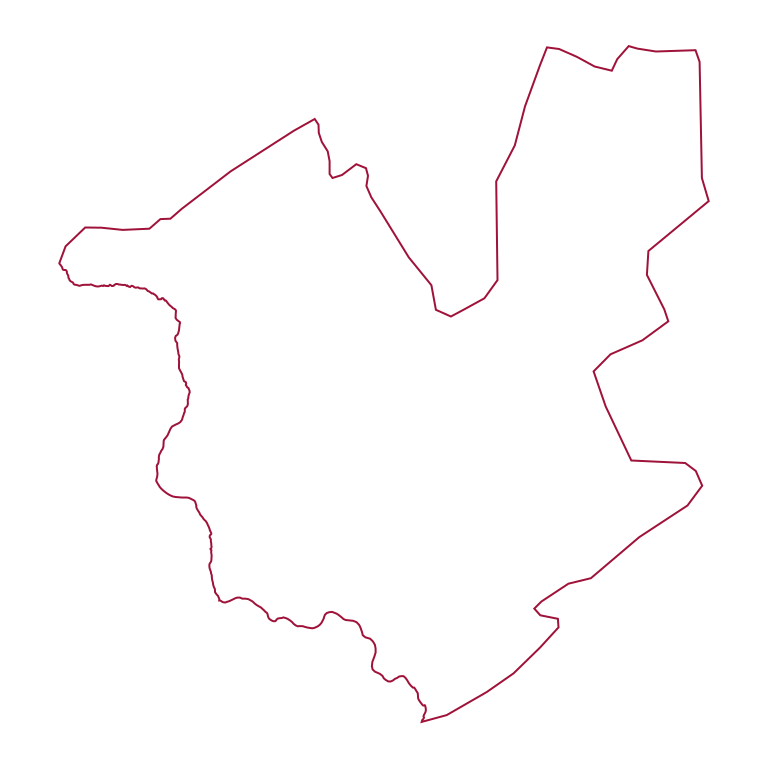 the district of Toledo, Canelones, Uruguay
{"feature_id": "84410073B33780551405566", "entity_name": "Toledo", "entity_type": "district", "adm_level": 2, "iso_a3": "URY", "parent_name": "Uruguay", "parent_adm1": "Canelones", "projection": "mercator", "projection_center": [-56.115, -34.726], "detail": "fine", "context": "isolated", "style": "outline", "palette": "rose", "viewbox_px": 768, "rotation_deg": 0, "n_neighbors": 0, "source": "geoboundaries", "source_scale": "gbopen_adm2", "svg_char_len": 6073}
<svg xmlns="http://www.w3.org/2000/svg" viewBox="0 0 768 768"><path d="M708.7,201.1L701.9,178.0L699.6,61.9L695.5,50.2L655.9,51.5L637.4,48.6L628.7,46.1L617.2,59.2L611.8,70.7L594.6,66.5L577.0,56.9L559.1,49.0L547.0,47.4L540.0,65.2L525.0,106.4L514.8,145.4L496.2,181.4L497.5,280.1L484.4,298.3L465.3,308.8L450.9,316.5L435.9,309.8L431.4,285.2L408.8,257.4L380.7,211.8L371.3,197.3L366.4,186.0L368.0,175.8L366.0,168.2L356.3,164.2L342.0,175.0L332.5,178.0L329.6,174.0L329.6,161.1L327.7,151.3L321.8,141.9L318.8,132.9L318.5,124.7L314.7,119.0L293.9,130.7L230.7,171.3L181.9,208.7L170.4,218.7L160.4,219.1L149.4,228.7L122.6,229.9L101.4,227.7L85.2,227.5L65.6,246.3L59.3,263.2L59.8,264.2L60.6,265.0L61.2,265.9L61.8,266.8L62.3,267.8L62.6,269.1L63.2,269.8L64.5,270.0L65.5,270.0L66.2,270.4L66.8,271.4L66.8,272.3L67.1,273.5L67.6,274.5L68.2,275.5L68.5,277.9L69.1,278.8L69.7,280.4L70.8,281.4L71.6,281.8L72.6,282.3L73.3,283.1L73.7,284.1L74.7,284.7L75.7,284.8L76.8,285.0L78.3,285.5L79.4,285.8L80.7,285.5L81.9,285.1L83.3,284.9L84.7,284.8L89.6,284.8L90.9,284.4L93.2,285.3L94.6,285.9L96.1,286.3L97.6,286.5L99.4,286.3L101.8,285.6L103.1,286.0L104.0,285.3L104.9,285.8L107.8,286.1L108.6,286.0L109.3,285.3L109.9,284.8L110.8,285.2L111.8,286.0L112.7,286.0L113.6,285.8L114.3,284.9L115.2,284.5L115.9,284.0L116.4,284.0L117.5,284.0L118.8,284.5L120.0,284.5L121.2,284.8L123.2,285.0L124.4,284.9L125.0,284.9L125.8,285.3L126.9,286.0L127.3,285.5L128.0,286.0L128.7,286.6L130.1,287.0L130.8,286.3L131.7,285.8L132.5,286.0L133.4,286.4L134.4,287.3L135.7,287.7L137.1,287.5L137.7,287.4L138.4,287.5L139.0,288.0L139.9,288.4L141.2,288.4L142.3,288.5L143.4,288.5L144.6,288.4L145.9,289.0L146.6,289.7L147.8,291.0L148.9,291.3L150.4,292.4L152.0,293.5L153.0,293.4L153.8,294.1L154.4,294.4L155.2,294.9L156.2,295.8L157.2,297.1L157.6,298.4L158.3,299.3L159.7,299.3L161.1,299.2L161.8,298.2L162.9,298.2L163.5,298.6L163.7,299.4L164.6,299.8L164.8,300.5L166.1,300.7L167.0,302.1L169.1,304.7L170.2,305.7L171.9,307.1L172.7,308.0L174.6,309.0L175.5,309.8L176.0,310.8L175.7,314.3L175.7,316.3L175.5,317.8L176.6,319.6L178.7,321.3L179.7,321.9L180.1,323.0L179.6,324.2L179.5,325.6L179.0,330.1L178.3,332.9L177.5,334.7L175.8,335.9L175.1,337.7L175.3,340.3L176.2,341.8L177.2,343.1L177.2,345.3L177.5,348.2L177.8,349.7L178.3,352.5L178.4,353.8L178.8,355.0L179.4,356.3L179.2,357.9L178.8,359.6L179.1,361.6L179.0,364.0L179.0,366.3L179.0,368.1L179.7,369.8L180.5,371.2L181.4,372.8L182.3,374.7L182.5,376.5L183.3,379.1L184.0,381.1L185.8,382.2L186.2,383.7L185.8,385.0L186.6,386.1L187.2,387.3L188.4,388.0L189.5,390.7L189.7,392.3L188.7,395.1L188.4,396.7L188.2,398.7L187.7,399.6L187.8,401.1L187.9,404.0L187.3,406.1L185.6,407.8L184.9,408.5L184.8,410.1L184.7,412.1L184.0,413.2L183.6,414.9L182.7,417.2L182.4,418.5L181.8,420.1L180.3,422.1L178.3,423.4L175.9,424.5L172.2,426.4L171.3,427.5L170.1,429.5L169.2,431.7L167.6,435.2L166.4,436.9L164.1,439.7L163.7,440.8L163.4,446.7L162.6,448.9L161.3,450.7L160.2,453.0L159.3,454.6L159.0,455.9L158.8,457.6L158.9,459.0L158.7,460.4L158.5,462.4L158.0,463.9L157.3,464.5L156.7,466.1L156.9,467.3L156.9,468.9L157.1,470.2L157.2,471.5L157.5,473.5L157.2,476.5L156.4,479.4L156.2,480.9L157.7,483.7L158.6,485.0L159.7,486.9L160.9,488.3L162.3,489.7L163.9,491.1L165.6,492.4L167.0,493.4L168.7,494.5L171.0,495.7L173.0,496.5L175.6,497.0L181.5,497.5L184.1,497.5L185.6,497.5L187.2,497.6L189.0,497.9L193.8,500.3L194.8,501.2L195.3,502.1L195.5,502.8L196.1,504.9L196.4,505.5L196.2,506.6L196.4,507.4L196.8,508.6L197.2,509.2L197.9,510.5L198.6,511.5L199.4,512.7L200.1,514.5L202.7,517.5L203.2,518.5L203.9,519.3L204.6,520.1L205.5,520.8L206.2,521.8L206.9,522.8L207.9,525.2L208.6,526.5L209.1,527.7L209.6,529.1L209.9,530.4L210.5,531.5L211.1,532.9L211.3,533.9L210.8,534.6L210.1,535.1L209.7,536.1L209.7,537.3L210.8,539.2L210.9,540.5L210.9,541.9L211.2,543.0L211.3,544.1L211.3,545.3L211.6,546.7L211.2,548.3L210.5,548.8L210.6,549.5L211.4,550.2L211.2,551.6L211.2,552.6L211.6,555.0L211.6,556.4L211.4,559.6L211.3,560.7L211.0,561.7L210.0,563.1L209.4,564.4L209.4,566.7L209.6,568.2L210.9,571.9L211.1,573.5L211.8,575.4L211.8,577.2L212.2,580.0L212.9,582.6L213.2,584.8L213.9,587.1L214.8,588.8L215.0,590.7L215.0,592.1L216.5,594.3L218.0,595.9L219.3,599.0L219.2,600.5L220.1,600.5L221.1,601.0L222.5,602.0L223.5,602.3L225.3,602.5L227.1,601.8L229.2,601.2L235.4,598.2L237.2,597.6L239.9,597.6L242.2,598.6L244.3,598.7L245.9,598.7L248.5,599.2L250.1,600.1L251.8,601.0L252.9,601.8L254.8,603.6L256.6,605.0L259.0,606.4L261.0,607.5L262.2,608.7L263.8,610.1L265.3,611.7L267.0,613.0L267.6,614.3L267.8,615.5L268.2,616.9L268.8,618.2L269.3,618.9L270.7,619.9L272.2,620.8L273.4,621.2L275.2,621.2L276.1,620.4L276.5,619.6L277.7,618.6L279.6,618.2L281.9,618.0L283.4,617.4L285.4,618.0L287.1,618.6L288.8,619.6L290.4,620.7L291.9,621.9L293.8,624.0L295.7,625.4L297.8,626.3L299.4,626.1L302.9,626.2L304.9,626.9L307.7,627.6L312.1,628.3L314.0,628.0L316.0,627.2L318.0,626.2L320.0,624.6L321.5,622.8L322.5,620.9L323.6,618.8L324.1,617.0L325.0,614.7L326.8,613.0L329.3,612.2L332.0,611.9L334.0,612.6L336.7,613.7L338.4,614.8L341.7,617.4L343.6,619.1L345.7,620.0L349.4,620.4L353.2,620.8L356.6,622.2L359.2,625.0L360.5,627.7L361.9,631.7L362.8,635.2L365.3,637.3L370.1,638.7L372.9,641.4L374.9,644.8L375.6,648.5L375.6,652.6L374.4,656.5L372.4,661.8L371.9,666.1L372.6,669.4L375.0,671.7L377.3,672.7L379.8,673.8L382.5,675.9L383.8,678.3L385.7,679.9L388.2,681.4L390.6,681.5L392.9,680.5L394.7,679.0L397.3,677.8L399.2,676.5L401.7,676.1L403.6,676.2L405.6,678.0L407.3,680.4L408.7,682.9L410.0,684.6L411.1,685.9L412.9,687.6L414.2,687.6L415.1,688.8L416.2,690.7L417.8,693.3L418.1,698.1L418.7,699.7L420.0,701.7L421.5,703.7L422.8,705.3L423.9,705.6L424.7,705.2L425.3,706.1L425.6,707.6L425.9,709.9L425.6,711.7L424.7,713.6L423.9,715.1L423.5,716.3L424.0,717.5L423.5,718.7L422.3,720.0L421.7,721.9L446.7,715.1L486.8,692.0L513.5,673.4L540.0,647.6L558.5,627.4L557.9,618.8L540.3,615.3L534.3,608.6L541.3,601.6L568.4,583.7L590.9,578.2L639.3,537.1L687.5,505.5L702.2,485.7L695.8,471.0L685.2,463.0L631.3,460.5L605.7,406.5L593.6,371.4L610.5,354.3L642.4,340.3L668.3,321.3L664.3,309.4L646.9,274.9L648.4,251.0L708.7,201.1Z" fill="none" stroke="#9f1239" stroke-width="2"/></svg>